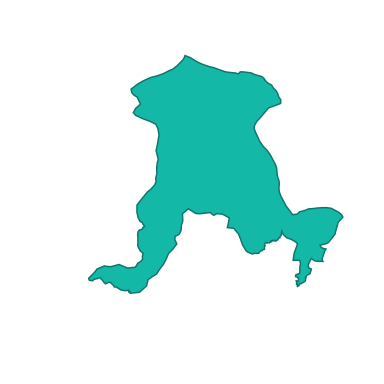 Ifelodun, Kwara, Nigeria, rotated 247°
{"feature_id": "59680162B15317000449503", "entity_name": "Ifelodun", "entity_type": "district", "adm_level": 2, "iso_a3": "NGA", "parent_name": "Nigeria", "parent_adm1": "Kwara", "projection": "mercator", "projection_center": [4.887, 8.634], "detail": "fine", "context": "isolated", "style": "filled", "palette": "teal", "viewbox_px": 384, "rotation_deg": 247, "n_neighbors": 0, "source": "geoboundaries", "source_scale": "gbopen_adm2", "svg_char_len": 4921}
<svg xmlns="http://www.w3.org/2000/svg" viewBox="0 0 384 384"><g transform="rotate(247 192 192)"><path d="M110.0,321.1L112.4,320.8L115.9,319.2L118.5,317.1L122.6,313.8L125.2,309.4L127.0,304.9L128.5,300.4L129.5,296.7L130.9,292.8L130.9,289.1L131.7,283.3L130.5,280.2L131.9,275.7L137.0,274.5L142.9,273.0L146.5,272.8L150.3,272.5L151.4,272.4L153.1,272.2L155.8,272.3L158.0,272.4L162.1,273.7L165.0,275.4L168.4,276.5L169.0,276.5L172.6,276.7L175.3,277.4L179.2,278.7L181.6,279.4L185.3,279.5L186.2,279.4L190.4,279.0L193.5,278.8L196.6,278.4L200.6,277.5L205.8,275.5L211.3,274.3L212.2,274.1L216.7,274.0L222.7,273.8L226.5,274.1L228.8,275.5L230.1,277.2L231.8,279.6L232.4,280.9L233.1,282.5L235.0,286.3L236.5,289.4L238.8,293.9L239.6,295.9L239.2,300.0L239.0,304.5L238.9,308.2L242.2,309.7L245.6,309.0L249.0,309.3L252.4,309.0L256.4,307.4L258.2,307.3L260.0,306.6L263.0,304.1L265.2,303.3L268.6,302.5L270.6,301.6L272.0,300.1L273.3,298.4L276.2,295.0L278.2,293.4L279.7,291.0L282.6,286.0L283.7,283.3L283.3,282.3L282.7,281.1L283.1,280.1L284.5,278.7L285.5,276.7L288.9,270.7L290.6,268.5L294.1,264.7L298.1,260.4L300.6,256.9L305.4,251.6L310.1,247.3L316.3,243.0L320.3,238.9L318.6,237.2L317.1,235.2L314.1,227.8L312.6,222.5L312.6,218.0L312.5,216.9L312.1,211.7L312.6,204.9L313.6,198.3L313.3,190.0L312.6,184.4L310.5,176.1L307.1,175.4L304.1,176.3L300.6,178.7L293.0,178.9L291.0,172.9L288.0,169.0L286.6,169.5L284.3,170.3L281.8,172.6L279.5,174.7L277.8,176.3L273.3,181.1L268.5,185.2L263.6,185.4L257.3,183.9L248.8,178.4L244.1,175.1L234.9,173.6L233.1,171.8L228.1,169.0L222.4,166.7L218.9,164.0L215.6,163.0L215.4,162.8L213.1,160.4L210.4,154.6L210.0,152.9L209.6,151.3L203.2,139.2L201.4,136.2L194.9,133.4L189.4,132.4L185.2,132.7L183.9,133.9L182.9,134.4L181.9,134.2L180.7,134.6L178.8,134.9L178.8,134.7L178.8,134.4L178.7,134.1L178.7,133.8L178.7,133.3L178.1,132.5L177.3,132.2L177.2,129.9L177.6,128.9L176.5,126.8L174.0,125.3L171.0,124.3L167.8,123.0L163.5,121.0L158.0,121.3L154.7,123.1L152.1,121.2L149.3,120.1L148.2,118.0L147.6,114.4L144.9,110.5L147.2,102.9L153.8,96.5L155.0,87.9L156.7,84.7L158.2,82.4L158.2,79.3L158.2,74.5L156.7,72.0L154.7,67.5L153.0,63.2L151.2,62.9L150.2,63.9L149.1,66.0L149.9,67.5L149.4,70.3L149.4,71.5L149.1,74.0L147.6,74.3L145.6,75.1L143.4,75.6L141.4,76.3L141.4,78.3L141.1,81.1L137.6,82.9L134.9,83.4L134.1,85.2L129.7,88.2L127.2,92.0L126.4,95.3L125.8,94.8L124.6,94.7L124.4,95.9L123.0,95.5L120.2,104.4L123.3,113.5L128.4,117.2L129.7,122.8L130.0,125.1L130.4,127.4L133.6,132.2L134.6,133.8L136.4,137.2L137.0,137.9L140.1,141.7L144.6,146.5L146.9,152.1L150.1,157.7L151.7,157.7L154.5,157.5L157.8,159.1L158.0,163.3L159.1,164.9L161.1,167.0L165.6,169.3L169.1,172.3L175.8,174.8L176.2,176.6L176.9,178.6L177.1,179.2L178.2,181.9L170.9,187.0L169.1,190.2L165.9,200.9L163.6,201.9L162.0,203.0L162.4,206.4L161.6,207.8L160.4,210.2L160.3,210.5L160.1,210.8L160.0,211.0L159.5,211.5L157.9,212.9L157.1,213.5L156.5,214.0L155.6,214.7L155.4,214.8L155.1,215.0L154.7,215.4L153.7,216.3L148.5,212.9L145.4,210.6L142.2,216.3L135.2,218.4L130.3,218.3L123.3,217.9L116.9,218.8L115.0,219.7L111.3,223.4L111.1,225.8L110.1,227.8L109.5,229.5L111.0,232.1L110.6,233.5L111.3,234.5L110.9,235.9L111.2,236.6L112.1,236.6L112.9,237.2L114.0,238.3L114.4,238.1L115.6,238.4L116.3,239.2L116.6,240.6L116.4,240.9L115.9,240.9L115.6,241.8L115.4,242.7L115.3,243.4L114.9,243.6L115.3,244.6L116.1,245.2L116.1,245.8L115.8,246.0L115.3,245.6L115.1,245.9L115.7,246.4L116.0,247.1L115.5,247.6L115.7,248.5L114.9,248.6L114.8,249.5L114.3,249.6L114.1,250.3L114.4,251.1L114.2,251.3L114.6,252.3L114.9,252.4L115.2,253.7L115.8,254.2L115.6,255.2L116.5,255.5L116.9,256.3L117.1,257.0L118.1,257.5L118.8,258.1L120.1,258.9L120.7,259.3L117.2,259.4L113.0,261.2L109.5,264.9L106.7,267.1L104.8,268.3L102.9,268.8L95.7,262.1L89.6,258.4L87.5,263.5L86.6,264.5L86.1,264.4L83.2,263.7L81.6,262.4L74.9,259.3L75.3,255.4L73.7,254.2L73.1,255.2L72.3,255.8L72.2,255.8L72.1,256.0L71.9,256.3L71.6,256.1L71.2,256.1L70.8,256.1L70.4,256.1L70.2,256.0L69.6,255.7L69.3,255.5L69.0,255.3L68.8,255.1L68.7,255.1L68.3,254.8L68.4,254.7L68.5,254.5L68.8,254.3L69.2,253.9L69.5,253.3L69.2,253.3L68.6,253.2L67.6,252.8L67.3,252.8L67.1,252.9L66.7,252.4L65.9,252.1L65.6,253.0L65.0,252.8L64.8,252.7L64.4,252.6L63.8,252.1L63.7,252.2L64.1,253.8L64.3,254.2L64.6,254.6L65.0,255.1L65.3,255.4L65.5,255.6L65.7,255.8L65.3,256.3L65.1,256.6L65.0,257.0L65.3,259.0L65.5,260.3L65.5,260.7L65.8,261.3L66.4,262.0L66.7,262.1L67.7,262.6L68.2,262.9L68.6,263.0L68.4,263.3L68.9,263.5L69.0,263.3L70.0,264.6L70.6,265.6L70.6,266.4L70.6,268.1L70.7,268.6L70.9,268.9L71.6,269.4L72.6,270.3L74.0,271.5L74.4,271.8L75.1,271.1L75.8,270.5L76.1,270.4L76.3,270.1L76.6,269.7L78.8,270.3L80.4,271.4L84.2,275.7L80.8,278.0L80.1,278.9L78.2,282.6L77.0,285.4L78.0,285.1L80.7,286.4L82.5,288.3L85.8,291.0L87.1,293.1L89.4,290.1L91.1,289.2L93.0,289.0L92.3,293.3L92.0,295.7L92.2,297.9L93.5,300.3L97.4,307.3L99.3,308.6L107.0,314.7L108.6,318.2L109.0,319.2L110.0,321.1Z" fill="#14b8a6" stroke="#0f766e" stroke-width="1.5"/></g></svg>